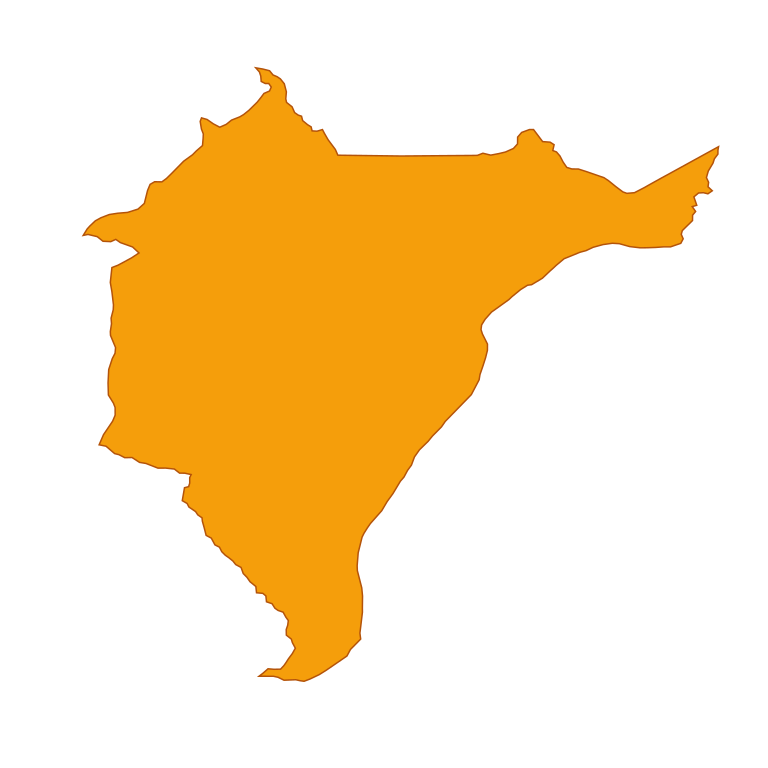 Imperatriz, Maranhão, Brazil, rotated 275°
{"feature_id": "56859067B50808987997091", "entity_name": "Imperatriz", "entity_type": "district", "adm_level": 2, "iso_a3": "BRA", "parent_name": "Brazil", "parent_adm1": "Maranhão", "projection": "mercator", "projection_center": [-47.572, -5.387], "detail": "fine", "context": "isolated", "style": "filled", "palette": "amber", "viewbox_px": 768, "rotation_deg": 275, "n_neighbors": 0, "source": "geoboundaries", "source_scale": "gbopen_adm2", "svg_char_len": 3769}
<svg xmlns="http://www.w3.org/2000/svg" viewBox="0 0 768 768"><g transform="rotate(275 384 384)"><path d="M305.6,418.4L314.0,420.7L321.6,425.1L330.8,433.0L336.4,436.8L346.3,445.0L352.1,448.3L381.0,471.9L392.2,476.6L396.5,478.4L401.8,478.8L411.0,481.1L419.0,482.9L426.6,484.1L432.8,483.6L442.4,477.7L446.7,475.9L451.4,476.1L457.3,479.1L465.0,484.8L479.0,501.1L482.1,503.8L490.0,511.9L494.9,518.4L495.8,522.4L503.2,532.6L510.9,539.4L514.5,542.8L517.1,545.1L524.5,552.5L527.8,559.0L532.3,567.7L534.5,573.7L538.4,580.4L542.0,590.1L544.1,599.2L544.3,606.2L542.3,616.8L542.0,627.2L542.4,631.6L542.8,635.2L543.7,642.6L545.0,650.7L545.6,657.5L550.0,667.4L554.7,669.4L559.0,667.1L562.8,667.8L566.7,671.1L573.7,677.1L579.1,676.7L583.0,679.4L587.6,675.6L589.3,680.0L597.4,676.4L601.7,680.7L602.4,685.5L601.7,690.1L605.1,694.2L608.7,689.6L613.2,689.8L617.7,687.2L624.4,688.5L632.7,692.5L637.1,693.5L642.1,696.6L646.0,696.3L649.6,696.6L617.4,648.5L613.5,642.6L609.3,636.4L604.9,629.9L602.4,626.3L599.3,621.4L596.4,616.8L595.1,609.3L596.2,605.2L600.8,597.8L606.0,590.1L608.7,585.2L613.2,567.3L615.1,558.9L614.6,552.4L615.7,547.2L620.7,543.1L626.5,539.4L630.2,535.6L631.3,531.8L637.2,532.6L639.4,528.4L639.3,520.9L650.5,510.8L650.2,506.8L646.6,499.2L641.6,495.6L634.8,496.1L629.9,492.4L627.6,488.2L625.7,484.8L623.6,478.5L621.3,470.4L622.5,462.4L619.9,457.1L619.3,451.3L618.1,438.7L612.6,381.1L607.9,318.1L613.4,315.1L619.9,309.3L622.5,307.0L628.5,302.8L632.1,300.5L630.0,295.2L629.9,290.3L633.8,289.0L635.7,285.2L639.3,280.0L643.6,278.5L644.4,275.1L646.6,271.3L652.1,268.3L656.0,262.4L659.5,261.3L666.5,261.3L674.4,258.5L678.9,254.2L680.8,250.8L682.2,246.5L686.1,242.7L687.2,235.9L687.8,228.7L684.0,232.7L680.0,234.4L674.7,235.3L673.0,239.5L673.3,243.0L670.0,245.8L665.9,244.4L663.0,239.1L659.1,236.7L653.8,233.2L644.9,225.6L640.2,220.7L637.6,217.1L633.6,209.1L628.9,204.2L625.5,198.0L628.3,191.3L632.1,184.7L633.2,179.0L629.6,178.0L622.1,179.9L617.4,182.2L612.9,182.4L605.7,182.4L599.8,176.7L595.7,173.3L588.5,165.0L575.4,154.2L569.8,149.4L566.0,145.1L565.5,137.9L562.5,133.6L556.2,131.6L543.0,129.5L536.8,123.7L532.6,113.6L530.9,103.8L528.9,95.6L525.0,87.6L521.4,82.2L516.0,77.4L512.6,74.8L505.8,71.4L507.2,76.1L505.8,85.5L501.7,91.6L502.0,99.4L504.7,104.2L501.9,109.0L498.6,121.6L493.2,128.5L487.7,121.6L479.2,108.7L476.3,102.8L461.3,102.5L452.2,104.9L439.2,107.6L434.3,107.8L425.8,106.4L420.3,107.3L412.4,106.8L408.6,107.3L396.9,113.4L391.2,113.4L385.6,111.1L374.4,108.5L361.0,109.0L349.0,110.4L341.4,116.1L337.1,118.2L329.5,118.9L323.3,116.9L309.1,109.0L298.6,105.5L297.8,112.5L291.2,121.7L290.5,126.1L288.0,132.2L288.8,139.4L284.6,147.3L284.1,153.8L280.5,166.1L281.2,173.7L281.0,182.6L277.4,188.1L277.8,193.2L277.0,199.8L273.8,198.6L268.3,199.1L264.7,198.3L263.3,194.3L250.2,193.2L247.8,198.3L244.4,200.4L240.5,207.4L237.4,209.9L234.8,214.4L231.5,215.0L225.7,217.2L217.7,220.0L215.4,225.4L209.0,229.6L207.1,234.3L202.8,237.0L199.6,240.8L197.7,244.1L194.5,248.9L191.2,252.0L188.8,257.6L182.9,260.3L179.5,264.3L175.3,267.8L171.1,274.0L164.9,275.2L164.9,281.5L162.6,284.8L156.8,285.9L155.4,291.6L151.1,294.9L149.2,298.2L147.9,303.4L143.1,306.6L140.0,309.3L135.3,309.1L130.9,308.0L125.3,308.6L121.8,313.9L118.3,315.3L113.1,318.7L107.5,316.2L102.0,312.8L97.8,310.6L94.7,308.8L90.9,305.8L90.2,299.2L90.2,293.3L85.4,288.7L82.0,285.0L83.2,299.4L82.6,304.0L80.2,310.2L81.7,321.9L81.1,326.3L80.9,330.3L83.6,335.9L88.9,344.9L93.9,351.5L109.8,370.8L116.6,373.7L124.7,380.4L127.9,383.0L133.7,381.7L139.0,381.9L154.9,382.4L158.8,382.0L170.9,381.1L179.0,379.6L195.8,373.7L200.6,373.1L213.6,373.0L229.5,375.5L233.6,377.1L238.9,379.8L243.8,382.6L257.6,392.8L267.2,397.4L275.5,402.4L288.6,408.8L293.0,412.0L300.0,415.0L305.6,418.4Z" fill="#f59e0b" stroke="#b45309" stroke-width="1.5"/></g></svg>